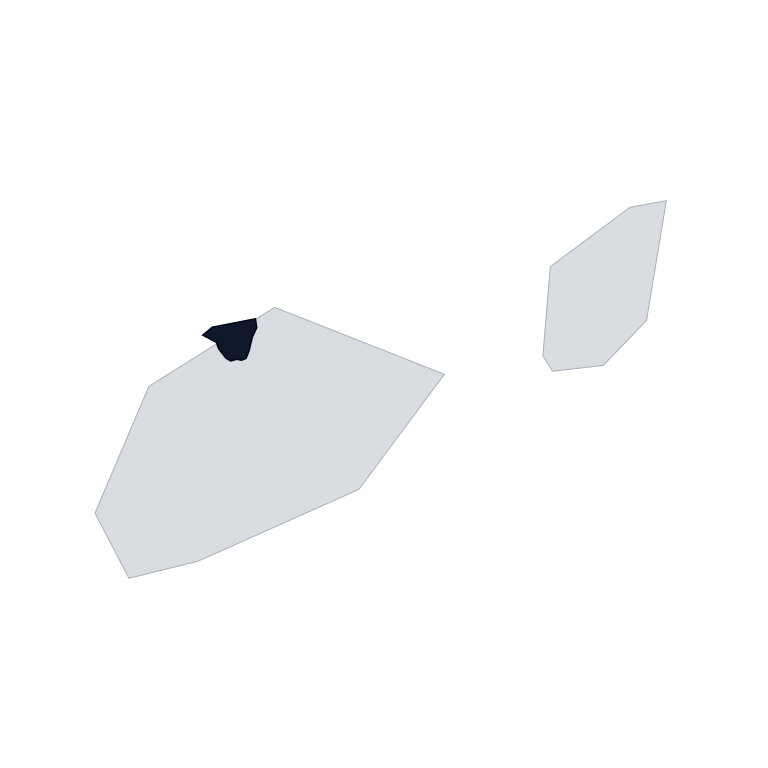 where Dingli sits in Malta, rotated 112°
{"feature_id": "MLT-5947", "entity_name": "Dingli", "entity_type": "state/province", "adm_level": 1, "iso_a3": "MLT", "parent_name": "Malta", "parent_adm1": "", "projection": "robinson", "projection_center": [14.387, 35.854], "detail": "fine", "context": "in_parent", "style": "filled", "palette": "ink", "viewbox_px": 768, "rotation_deg": 112, "n_neighbors": 0, "source": "natural_earth", "source_scale": "10m", "svg_char_len": 594}
<svg xmlns="http://www.w3.org/2000/svg" viewBox="0 0 768 768"><g transform="rotate(112 384 384)"><path d="M659.7,547.7L611.9,603.6L474.2,601.1L353.9,514.1L352.4,331.7L491.1,367.8L618.0,490.1L659.7,547.7ZM298.4,247.2L212.9,273.8L128.0,222.1L108.3,190.9L226.7,164.4L284.5,187.6L309.0,232.4L298.4,247.2Z" fill="#d9dde1" stroke="#a8b0b8" stroke-width="1"/><path d="M406.6,570.4L395.6,564.5L371.7,527.6L379.4,523.1L389.6,523.6L404.4,521.5L412.0,521.5L415.4,525.1L416.2,529.7L420.1,534.8L419.2,540.3L413.3,550.5L408.2,555.1L406.6,570.4Z" fill="#0f172a" stroke="#020617" stroke-width="1.5"/></g></svg>